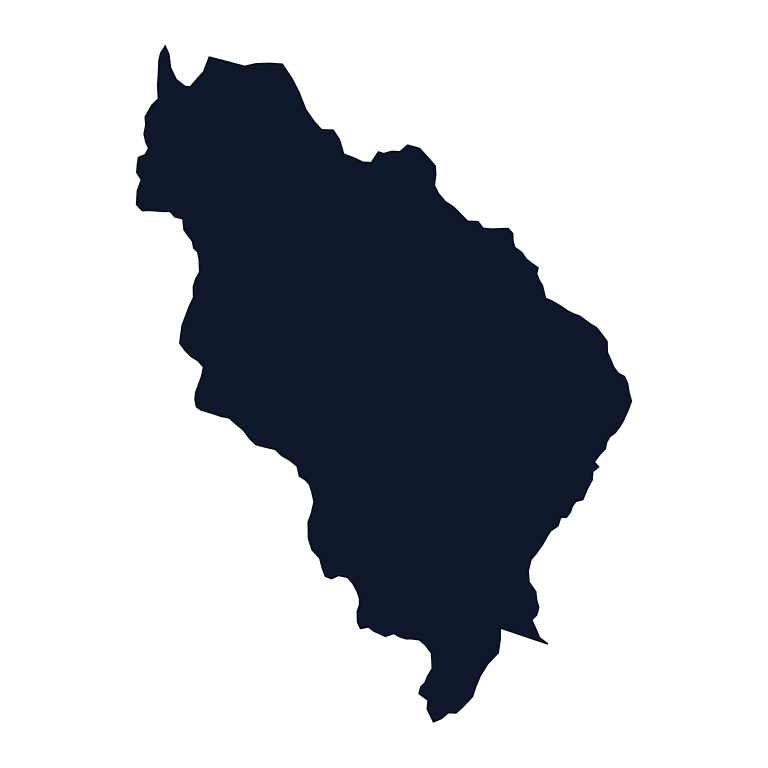 the district of São Miguel do Passa Quatro, Goiás, Brazil
{"feature_id": "56859067B51842796216373", "entity_name": "São Miguel do Passa Quatro", "entity_type": "district", "adm_level": 2, "iso_a3": "BRA", "parent_name": "Brazil", "parent_adm1": "Goiás", "projection": "robinson", "projection_center": [-48.669, -17.001], "detail": "fine", "context": "isolated", "style": "filled", "palette": "ink", "viewbox_px": 768, "rotation_deg": 0, "n_neighbors": 0, "source": "geoboundaries", "source_scale": "gbopen_adm2", "svg_char_len": 2763}
<svg xmlns="http://www.w3.org/2000/svg" viewBox="0 0 768 768"><path d="M433.5,721.9L441.6,718.4L448.3,712.6L455.9,713.0L463.4,706.2L472.4,696.6L475.8,686.5L480.1,676.0L487.6,663.9L498.2,652.8L500.2,639.2L500.2,627.9L547.8,644.0L539.4,637.6L536.5,630.5L531.7,619.9L536.5,615.1L538.7,607.7L536.5,599.5L535.7,591.7L529.0,582.1L528.1,570.9L531.0,559.4L536.0,553.7L542.7,544.2L546.9,536.6L550.6,530.9L557.9,525.8L560.7,517.3L566.3,517.3L570.3,512.2L572.1,506.5L575.8,501.4L582.8,499.6L587.9,487.4L592.1,480.0L592.7,471.6L598.6,466.8L594.1,462.0L599.4,454.9L605.3,448.8L606.5,442.4L609.9,436.5L615.1,432.7L620.3,425.9L623.2,420.8L627.8,410.7L631.4,401.1L629.1,393.0L627.5,383.4L624.4,376.6L618.2,373.3L613.5,366.9L610.4,359.1L607.3,352.5L607.0,341.4L600.6,332.8L596.4,327.6L590.4,324.1L585.1,320.2L579.6,316.1L574.2,314.2L567.4,310.9L561.0,306.4L551.5,300.9L545.5,298.4L543.8,291.6L542.4,285.5L539.3,280.6L536.6,273.9L538.0,267.8L531.8,263.5L526.1,259.1L521.9,252.6L514.7,247.4L512.9,241.0L512.7,233.6L508.1,228.5L491.6,229.1L483.0,228.3L478.1,221.7L467.7,221.3L453.6,207.1L445.2,201.6L438.5,193.7L434.3,185.5L435.7,174.6L435.1,166.0L429.0,158.8L419.5,148.5L407.7,145.2L400.0,151.8L391.6,151.4L383.8,153.7L378.4,152.0L371.3,162.7L362.9,162.3L355.3,158.6L343.6,154.0L339.4,139.6L333.2,130.2L321.6,129.8L314.4,122.1L305.7,109.5L299.2,92.8L291.9,78.6L282.3,64.2L270.0,63.4L256.0,63.8L244.7,66.4L238.6,64.8L209.3,57.1L203.6,71.9L198.9,77.0L190.2,87.0L184.9,86.4L176.2,79.6L170.5,67.7L168.8,54.1L165.2,46.1L160.7,53.2L159.0,60.3L158.4,74.8L157.7,85.4L158.4,98.9L151.8,105.3L145.2,117.0L145.9,124.7L144.1,134.1L145.9,142.1L148.7,148.3L145.3,154.7L138.5,157.5L137.4,165.0L136.8,172.4L141.4,179.8L137.4,190.8L136.6,204.6L142.3,210.6L148.9,210.4L155.6,210.8L163.3,211.4L170.3,211.4L174.8,216.8L182.9,218.8L184.1,230.0L192.5,241.3L193.8,248.1L197.7,251.9L199.3,259.7L199.7,272.2L195.8,278.9L193.4,286.7L193.6,297.6L189.3,306.4L186.0,315.3L182.1,325.6L179.8,343.1L185.2,350.5L191.3,356.6L197.8,360.5L203.5,366.9L201.7,376.2L199.2,383.0L195.8,392.4L195.0,399.2L196.5,406.8L201.3,410.1L211.3,413.0L221.1,416.3L229.0,417.8L235.7,423.7L243.4,430.1L249.8,438.7L256.0,444.6L265.5,447.1L275.4,449.4L281.8,455.6L289.9,460.3L297.2,466.2L299.4,476.1L305.3,479.8L309.3,484.2L311.6,490.6L314.1,501.9L311.3,513.9L308.2,522.2L308.5,538.3L312.1,549.9L319.8,558.2L322.3,568.0L325.4,576.3L331.5,578.6L338.5,575.4L347.5,577.3L352.6,583.1L357.1,591.1L359.6,598.5L359.6,604.7L357.3,611.7L357.6,622.4L360.5,628.5L368.3,626.9L374.5,631.4L385.4,636.3L393.9,633.4L399.2,636.6L406.2,638.8L411.5,638.8L419.4,639.8L425.4,645.0L431.5,653.0L432.0,662.0L432.3,668.6L427.3,676.9L425.0,683.0L420.9,686.8L419.1,693.6L428.1,700.3L427.3,709.1L433.5,721.9Z" fill="#0f172a" stroke="#020617" stroke-width="1.5"/></svg>